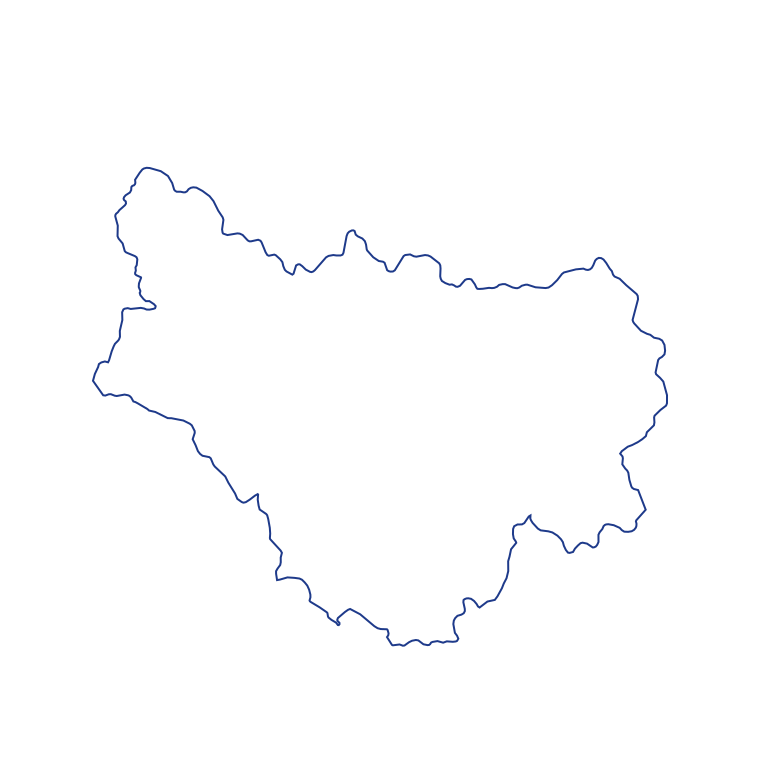 outline of Ha Lang, Cao Bằng, Vietnam, rotated 256°
{"feature_id": "81297802B75623207701482", "entity_name": "Ha Lang", "entity_type": "district", "adm_level": 2, "iso_a3": "VNM", "parent_name": "Vietnam", "parent_adm1": "Cao Bằng", "projection": "mercator", "projection_center": [106.692, 22.709], "detail": "fine", "context": "isolated", "style": "outline", "palette": "blue", "viewbox_px": 768, "rotation_deg": 256, "n_neighbors": 0, "source": "geoboundaries", "source_scale": "gbopen_adm2", "svg_char_len": 6154}
<svg xmlns="http://www.w3.org/2000/svg" viewBox="0 0 768 768"><g transform="rotate(256 384 384)"><path d="M219.6,604.9L221.7,601.0L223.4,599.6L224.9,599.2L231.6,598.9L238.8,599.6L241.2,599.0L243.6,597.6L248.4,595.8L254.1,597.8L256.0,597.9L259.3,596.3L261.3,598.5L264.2,605.4L264.7,609.8L266.2,616.3L268.0,621.3L270.1,625.5L273.6,627.4L278.6,635.9L281.3,637.1L286.2,638.0L287.8,638.9L291.9,645.9L294.8,652.5L296.8,653.9L304.7,655.9L318.8,655.6L323.1,653.4L327.6,650.4L329.5,650.3L340.9,655.8L342.2,657.4L343.0,660.2L344.9,663.3L348.3,664.8L354.1,665.6L358.9,664.4L361.3,662.0L363.6,657.2L367.3,654.3L369.1,651.3L373.5,646.2L382.3,641.4L384.1,640.8L386.0,640.7L404.8,651.0L408.1,651.5L410.1,650.9L421.2,643.0L429.1,638.1L432.5,633.7L434.7,632.7L438.4,632.4L441.4,630.9L447.7,628.9L451.7,627.1L453.6,625.2L454.4,622.9L453.9,620.7L452.7,618.8L448.6,615.8L446.4,613.7L445.4,611.6L445.3,609.5L446.1,607.5L447.7,605.4L448.8,597.9L448.7,585.6L447.7,583.3L442.9,577.2L439.2,570.9L437.8,567.0L438.0,564.0L441.2,554.4L445.7,547.1L446.1,545.3L446.0,541.5L444.9,538.6L444.7,536.5L445.3,534.7L446.6,532.1L451.6,525.7L452.2,523.3L452.3,519.7L451.0,517.1L450.6,514.3L450.9,512.0L451.9,509.1L452.5,503.0L453.2,499.3L453.8,497.6L455.4,496.9L458.7,496.3L464.3,494.1L465.3,492.2L465.7,489.9L465.4,487.9L460.9,481.5L460.5,478.9L461.1,477.3L462.7,475.9L464.2,474.0L464.5,471.6L467.1,467.9L470.0,465.1L472.5,464.5L474.9,464.6L482.4,466.8L485.5,467.3L487.7,466.8L496.4,460.0L498.1,457.8L499.2,455.0L499.7,446.2L500.7,443.9L503.4,440.7L504.0,435.8L503.4,434.0L491.7,422.0L491.0,419.9L491.5,417.4L492.4,415.8L493.7,414.6L501.5,413.9L502.9,412.6L504.6,408.7L509.6,404.2L517.6,400.0L518.8,399.8L523.6,400.3L527.2,400.0L530.4,398.2L533.6,394.3L535.8,392.7L539.5,392.5L540.4,391.6L540.8,390.1L540.2,387.1L539.0,385.2L536.6,383.5L521.1,376.4L519.5,375.0L519.2,372.9L520.2,369.0L521.4,366.0L521.7,361.2L520.9,358.4L511.2,344.5L510.3,342.6L510.1,340.8L510.7,339.4L513.9,335.8L518.1,333.2L520.5,331.2L520.9,329.7L520.3,327.4L512.9,322.9L512.3,321.5L516.8,316.6L518.8,315.4L522.7,314.8L526.8,314.9L530.1,313.5L535.2,310.1L536.1,308.8L536.3,303.3L537.3,302.0L540.4,301.0L551.0,299.5L552.9,298.8L554.4,296.8L554.6,289.6L555.0,287.9L556.3,286.5L562.8,282.9L564.8,280.4L565.6,278.2L566.4,268.1L568.8,264.4L569.8,264.0L573.2,264.3L582.1,267.9L584.7,267.8L592.3,265.1L602.7,262.8L608.4,260.2L615.2,254.6L619.9,249.5L621.0,246.5L621.1,244.0L620.3,241.5L618.6,239.4L618.1,237.5L618.5,235.7L619.8,233.1L620.7,229.4L621.8,228.2L623.3,227.4L630.2,227.1L638.1,224.7L644.5,218.9L650.2,209.0L651.2,206.0L651.2,203.2L650.6,201.4L648.1,198.1L642.4,191.9L639.3,191.4L638.1,190.7L637.3,189.5L637.1,187.7L636.2,186.5L633.3,185.6L631.3,183.8L629.6,178.9L628.1,176.9L626.7,176.1L625.4,176.3L623.6,177.6L621.5,177.3L620.2,176.0L616.7,169.3L615.0,167.3L614.0,165.2L612.9,164.2L611.6,163.8L602.1,164.0L591.9,161.2L589.4,161.6L583.6,164.4L575.7,164.6L574.3,165.4L573.3,166.6L568.4,173.2L566.9,174.5L565.9,174.7L564.6,174.8L559.1,172.8L557.3,171.1L554.0,170.6L551.9,169.3L550.7,169.2L549.5,170.0L546.3,174.0L545.8,174.0L540.9,170.6L538.2,169.7L537.1,169.5L533.5,170.1L532.4,169.8L531.5,169.0L529.1,169.1L524.6,171.2L522.0,173.0L521.2,176.4L517.1,180.1L514.8,181.3L513.8,180.8L512.9,180.2L512.7,178.6L512.9,174.4L513.7,171.6L515.3,169.5L516.7,166.4L518.1,156.4L519.6,153.7L519.8,150.6L519.4,149.2L517.0,147.3L509.4,145.6L499.4,140.5L493.6,139.2L491.7,137.9L490.6,136.8L488.1,132.7L485.9,130.8L481.6,127.7L473.6,123.0L471.8,121.5L473.4,118.6L473.3,114.9L472.3,112.2L469.6,110.7L463.7,105.9L457.5,102.4L441.0,108.8L440.2,110.8L440.6,114.5L440.2,116.5L437.8,119.9L437.0,121.8L436.5,129.7L435.0,132.9L434.0,134.2L432.1,135.4L427.7,136.6L426.6,138.4L424.8,140.4L416.9,148.4L415.1,149.6L412.2,155.3L403.2,165.9L402.2,169.5L397.1,180.5L392.4,186.0L390.4,187.5L384.2,188.9L382.3,188.5L376.7,185.0L370.1,186.4L363.9,187.2L360.7,188.6L358.3,190.5L355.3,196.8L353.8,197.9L347.3,198.9L344.9,199.8L332.7,207.6L325.9,209.1L313.8,213.0L308.0,213.9L303.9,217.4L302.9,218.8L302.8,219.9L302.8,221.4L304.3,225.8L306.9,231.8L307.7,234.8L307.2,235.1L302.3,233.5L296.3,232.9L292.3,233.0L286.3,238.3L284.9,238.9L281.0,239.0L272.1,238.4L266.4,237.4L262.1,236.0L261.0,236.0L247.4,243.4L244.9,244.1L240.6,241.8L236.0,240.7L233.5,239.5L230.6,236.0L228.5,234.0L226.0,233.4L219.6,232.8L219.4,235.7L219.7,243.5L217.6,250.1L215.7,254.9L213.9,257.1L210.6,259.1L206.9,260.8L202.5,261.6L197.4,261.6L194.8,261.0L192.0,259.4L191.2,259.5L190.3,260.1L182.9,267.5L176.3,273.3L175.4,273.7L172.0,273.4L170.8,273.7L167.8,276.0L164.0,279.8L161.3,280.9L161.0,281.7L161.3,282.2L161.7,282.7L163.0,283.0L165.6,281.5L166.7,281.7L168.1,282.7L172.2,290.9L173.6,294.5L173.9,296.7L166.3,305.2L151.4,316.0L148.6,318.7L147.0,321.6L145.3,327.5L144.4,328.0L140.9,328.1L139.1,327.3L137.7,325.7L129.8,328.3L128.8,328.7L128.3,329.4L127.5,336.1L125.5,339.0L125.3,340.6L127.4,345.8L128.1,349.1L127.9,353.0L126.9,355.3L121.9,359.3L120.1,363.1L119.9,364.6L120.4,365.8L121.7,367.1L122.0,368.6L121.6,373.7L118.7,378.8L119.1,382.7L117.2,388.4L116.8,391.4L117.1,392.8L118.9,394.5L122.1,394.0L125.4,392.6L134.3,393.2L137.5,394.5L139.6,396.4L141.3,399.2L141.5,403.4L142.3,405.9L144.1,407.5L146.3,408.0L153.0,408.2L155.1,408.9L155.7,410.0L156.0,412.1L155.7,413.9L154.5,416.5L151.7,418.9L148.2,420.6L145.4,421.4L144.0,422.7L147.9,431.7L147.7,439.3L150.5,442.7L157.3,449.0L161.5,452.0L165.9,455.9L172.4,459.3L182.0,461.6L186.1,464.0L192.9,467.3L197.9,473.9L199.2,473.8L202.8,472.5L207.1,472.8L212.1,474.2L214.5,475.9L215.4,479.5L214.4,483.9L215.1,486.5L220.4,492.4L221.0,494.3L218.0,493.4L216.1,493.7L213.3,494.6L206.5,498.3L204.1,500.6L201.3,507.8L199.2,511.5L194.9,515.6L190.5,518.2L187.3,519.3L183.5,519.4L179.0,520.3L175.9,521.7L175.2,523.3L175.3,526.8L178.1,529.5L180.4,533.1L182.0,536.2L182.0,538.3L180.0,542.4L174.9,547.0L174.7,548.2L175.0,550.1L176.3,551.9L178.8,553.9L185.8,555.6L187.9,557.3L190.5,560.8L193.0,562.7L193.8,564.2L194.0,565.5L193.7,567.7L191.4,572.8L187.4,577.9L184.7,579.4L182.6,581.4L181.5,585.1L181.2,588.7L182.0,591.4L183.7,593.6L185.1,594.5L187.3,595.2L189.8,595.2L190.7,595.8L198.7,607.5L219.6,604.9Z" fill="none" stroke="#1e3a8a" stroke-width="2"/></g></svg>